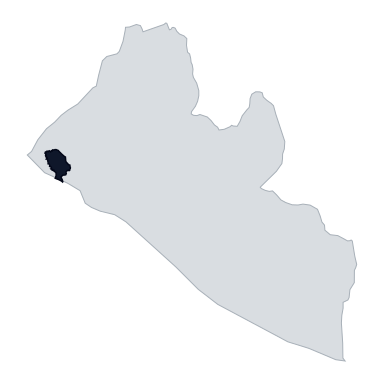 Garwula, Grand Cape Mount, Liberia shown in context
{"feature_id": "62588387B58887581868104", "entity_name": "Garwula", "entity_type": "district", "adm_level": 2, "iso_a3": "LBR", "parent_name": "Liberia", "parent_adm1": "Grand Cape Mount", "projection": "mercator", "projection_center": [-11.139, 6.773], "detail": "fine", "context": "in_parent", "style": "filled", "palette": "ink", "viewbox_px": 384, "rotation_deg": 0, "n_neighbors": 0, "source": "geoboundaries", "source_scale": "gbopen_adm2", "svg_char_len": 4495}
<svg xmlns="http://www.w3.org/2000/svg" viewBox="0 0 384 384"><path d="M27.3,155.0L31.6,151.4L37.8,139.8L46.5,128.7L54.7,122.1L61.2,115.3L68.0,110.1L77.8,104.0L92.8,87.9L96.3,86.1L98.7,75.0L102.4,60.8L106.8,56.5L117.0,53.8L119.3,51.4L123.0,41.4L125.3,29.8L125.5,27.3L129.5,27.0L136.4,24.5L140.4,25.6L142.1,29.0L143.0,31.8L163.9,24.5L165.7,23.0L166.8,23.3L169.4,29.8L170.9,29.4L172.2,27.5L173.5,27.4L175.2,28.2L176.8,31.3L179.5,34.0L184.0,35.9L186.8,38.6L186.5,45.5L187.6,52.3L189.6,53.9L190.6,57.9L191.1,62.4L192.2,64.7L193.0,69.2L192.6,74.0L193.4,77.4L196.7,83.2L198.8,90.6L198.8,95.8L197.6,101.3L195.4,106.3L191.5,111.7L191.2,113.9L193.5,115.3L197.0,115.6L199.9,114.5L207.3,117.0L211.1,120.6L214.5,125.0L217.6,127.2L219.0,130.0L224.2,129.3L230.3,126.6L231.5,125.3L233.3,126.0L237.2,126.3L240.0,121.4L242.2,115.8L246.9,109.8L249.2,107.4L249.8,103.6L250.1,98.6L251.8,94.2L255.7,91.8L259.9,91.9L262.2,92.8L263.3,97.0L266.7,100.2L269.6,102.3L271.1,103.3L273.5,105.7L275.8,114.2L284.8,141.5L284.3,149.0L282.6,154.0L282.5,158.8L281.9,163.5L276.4,171.3L260.2,187.2L261.4,188.6L265.3,190.4L269.3,191.4L272.5,190.9L276.6,194.9L280.9,199.9L285.6,202.5L292.2,204.8L298.1,205.0L303.0,204.1L310.1,205.1L317.5,209.3L320.2,216.1L321.9,222.0L324.5,225.1L324.9,230.2L330.2,234.7L337.8,235.6L347.6,240.9L350.0,240.7L351.1,240.0L352.3,241.0L354.8,256.3L356.7,264.4L355.7,267.7L354.4,270.3L354.3,282.6L349.9,289.7L349.1,297.5L347.9,300.0L343.1,302.3L343.1,308.2L341.8,315.5L341.4,323.1L342.7,343.2L342.9,358.1L345.1,361.0L335.8,359.7L308.7,348.3L287.8,341.8L217.8,304.4L198.3,289.4L175.9,267.0L126.0,221.9L114.7,214.7L100.3,211.2L91.4,207.4L85.2,203.2L80.1,190.7L67.6,183.2L44.6,172.7L27.3,155.0Z" fill="#d9dde1" stroke="#a8b0b8" stroke-width="1"/><path d="M55.2,178.2L56.5,178.8L58.2,179.4L58.6,179.6L59.1,179.8L60.6,180.6L61.5,181.1L62.0,181.5L62.6,182.0L62.8,181.5L62.8,181.3L62.6,181.0L62.4,180.7L62.3,180.2L62.3,179.8L61.8,178.8L61.4,178.1L61.4,177.9L61.2,177.6L61.0,177.1L60.9,177.0L60.9,176.9L61.1,176.6L61.3,176.5L61.5,176.4L62.1,175.9L62.3,175.7L62.5,175.4L62.9,175.1L63.4,175.1L63.7,175.1L63.9,175.1L64.2,175.1L64.6,174.9L64.8,174.9L65.0,174.9L65.3,174.9L65.6,174.8L65.8,174.7L65.8,174.4L65.8,174.2L66.0,174.1L66.1,173.9L66.3,173.6L66.3,173.3L65.9,172.2L65.9,171.9L66.1,171.5L66.5,171.2L66.9,170.8L66.9,170.7L67.0,170.7L67.4,170.4L67.7,170.5L67.9,170.6L68.7,170.1L68.8,170.1L69.0,170.1L68.9,170.5L69.2,170.6L69.4,170.4L69.7,170.2L69.6,169.9L69.6,169.7L69.8,169.3L70.1,168.9L70.3,168.5L70.3,168.1L70.3,167.8L70.3,167.7L70.2,167.6L70.2,167.4L70.3,167.2L70.2,167.1L70.1,166.9L70.0,166.5L69.9,166.3L69.9,166.2L69.9,165.2L69.6,165.2L69.4,165.0L69.2,164.9L68.7,164.6L68.4,164.6L67.7,163.6L66.2,162.1L65.7,160.8L65.5,158.0L65.4,157.0L65.2,157.0L65.0,156.9L64.5,156.5L64.1,156.2L63.6,155.8L63.3,155.5L62.6,154.9L61.3,153.7L61.2,153.7L60.9,153.3L60.5,152.8L60.2,152.6L59.6,152.0L59.0,151.4L58.6,150.9L58.4,150.6L58.1,150.4L57.6,150.2L57.2,150.1L56.6,149.8L56.3,149.7L56.1,149.6L55.7,149.6L55.4,149.6L55.2,149.6L54.9,149.6L54.4,149.9L54.0,150.0L53.7,150.0L53.2,149.9L52.8,149.8L52.6,150.0L52.3,150.9L52.1,150.9L51.9,150.8L51.6,151.0L51.4,151.1L51.3,150.9L51.2,151.0L51.0,151.3L50.8,151.6L50.6,151.4L50.4,151.4L50.3,151.6L50.2,151.5L50.1,151.4L49.9,151.2L49.6,151.0L49.3,150.8L49.2,150.9L49.2,151.2L49.1,151.3L48.9,151.3L48.7,151.3L48.6,151.2L48.4,151.1L48.2,151.2L48.3,151.4L48.4,151.5L48.2,151.7L47.9,151.4L47.7,151.3L47.5,151.2L47.4,151.2L47.2,151.3L47.0,151.2L46.9,151.4L46.7,151.6L46.7,151.8L46.4,152.0L46.1,152.0L45.9,151.9L45.7,151.9L45.4,152.0L45.3,152.3L45.5,152.2L45.8,152.3L45.8,152.5L45.5,152.8L45.5,153.1L45.6,153.3L45.4,153.6L45.9,154.1L45.9,154.4L45.9,154.8L45.7,154.9L45.6,155.2L45.8,155.3L45.7,155.9L45.7,156.0L46.0,156.0L45.9,156.3L46.1,156.6L46.2,156.8L46.3,157.1L46.3,157.3L46.5,157.3L46.8,157.3L46.8,157.5L47.2,158.1L46.9,158.2L46.4,158.9L46.5,158.9L46.6,159.0L47.3,159.7L47.7,160.0L47.8,160.1L47.8,160.5L47.8,160.9L47.8,161.3L48.1,161.7L48.1,162.9L48.1,163.8L48.6,163.8L49.0,163.8L49.3,164.3L49.5,164.8L49.6,165.1L49.8,165.6L49.8,165.9L49.6,166.3L50.0,166.6L50.5,166.7L50.9,166.9L51.1,167.1L51.4,167.6L51.3,167.8L51.5,168.1L51.4,168.6L50.8,168.9L50.9,169.0L51.4,169.1L51.7,169.1L51.9,169.3L52.2,169.7L52.3,169.7L52.1,170.0L52.5,170.2L52.8,170.3L53.0,170.4L53.4,170.7L53.6,170.5L53.9,170.3L54.0,170.6L54.2,171.0L54.8,171.7L55.3,172.0L55.9,172.5L56.0,173.0L56.1,173.6L56.1,174.4L56.2,174.9L56.1,175.7L55.7,176.8L55.4,177.8L55.2,178.2Z" fill="#0f172a" stroke="#020617" stroke-width="1.5"/></svg>